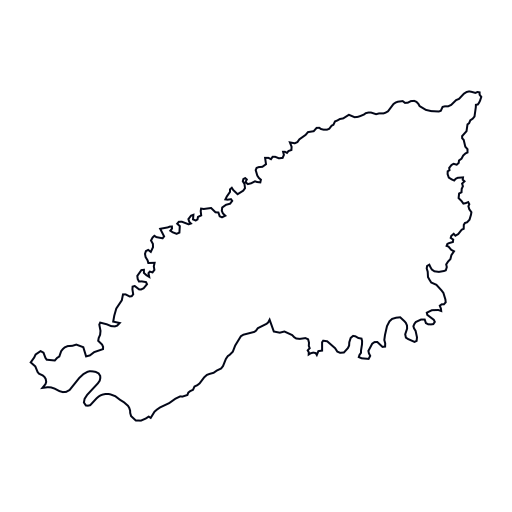 Candói, Paraná, Brazil (Albers equal-area conic projection)
{"feature_id": "56859067B42839534370188", "entity_name": "Candói", "entity_type": "district", "adm_level": 2, "iso_a3": "BRA", "parent_name": "Brazil", "parent_adm1": "Paraná", "projection": "albers", "projection_center": [-52.04, -25.522], "detail": "fine", "context": "isolated", "style": "outline", "palette": "ink", "viewbox_px": 512, "rotation_deg": 0, "n_neighbors": 0, "source": "geoboundaries", "source_scale": "gbopen_adm2", "svg_char_len": 6061}
<svg xmlns="http://www.w3.org/2000/svg" viewBox="0 0 512 512"><path d="M441.2,311.0L440.9,308.5L439.8,305.7L441.7,304.3L443.9,304.3L445.7,302.3L445.4,299.5L443.4,292.9L441.5,290.4L436.4,284.8L431.2,282.5L429.4,279.6L428.0,277.1L427.7,271.7L426.7,268.4L427.1,266.0L429.3,264.7L430.6,267.5L431.9,269.6L434.4,271.3L438.9,271.9L444.0,271.0L445.8,270.3L446.8,267.1L446.2,264.4L448.1,261.5L450.4,259.1L451.4,255.1L454.0,251.3L451.2,249.8L448.5,246.6L446.6,245.9L447.4,243.9L449.1,243.1L452.9,242.0L453.2,239.6L450.7,237.9L451.3,235.9L453.7,233.8L455.4,235.7L458.2,234.1L461.7,229.7L463.7,228.8L463.8,224.8L464.9,223.0L467.1,222.3L469.5,219.7L471.0,214.7L471.4,212.2L469.3,209.3L468.4,206.2L469.3,204.2L468.2,202.1L465.8,203.1L463.4,203.6L461.5,201.0L458.6,198.1L459.1,193.5L461.5,192.3L461.7,188.9L462.9,186.2L462.1,183.6L464.5,181.3L462.7,179.7L463.0,177.4L457.7,177.8L455.7,178.8L454.2,180.5L451.7,179.4L448.8,177.6L447.6,174.1L447.7,171.3L449.5,170.2L449.2,167.9L451.5,165.0L453.6,163.8L456.7,164.7L458.7,162.9L459.0,160.5L461.5,158.7L463.2,155.5L465.5,153.4L467.5,152.5L467.5,149.2L465.3,146.7L463.7,139.9L462.2,138.3L462.1,136.1L466.5,131.2L467.5,124.4L469.1,123.2L470.3,120.3L472.7,118.7L474.5,116.5L475.8,107.3L475.9,104.8L477.8,104.5L479.0,102.8L480.0,100.8L481.3,96.9L479.6,94.7L479.6,92.4L477.5,92.0L475.4,92.9L471.4,91.8L469.1,91.4L466.6,92.0L463.9,93.7L459.0,98.9L456.1,100.1L451.2,104.9L448.2,106.3L445.0,106.3L442.6,106.9L440.8,110.8L438.8,111.5L431.2,111.1L425.9,109.9L419.6,106.1L418.4,103.9L416.5,101.9L414.3,100.9L410.9,101.1L407.8,102.7L405.0,102.9L402.7,101.1L397.9,101.7L395.7,102.5L393.5,104.0L388.0,111.3L385.5,112.7L383.5,113.4L379.1,113.4L376.1,114.2L370.9,112.5L368.6,112.5L365.7,113.2L364.0,114.5L360.2,116.1L357.7,116.9L354.6,117.2L348.9,114.8L343.2,118.4L339.9,119.0L337.3,120.5L335.0,121.4L333.4,124.8L331.6,125.7L329.2,128.8L326.9,129.7L323.7,129.7L320.9,129.0L319.3,127.8L316.6,127.9L313.7,131.2L308.0,132.1L305.6,134.9L299.4,139.3L297.4,142.1L294.7,143.3L289.9,142.4L291.6,146.8L291.4,150.0L288.5,151.0L287.0,152.9L285.0,151.8L283.1,151.8L283.9,154.9L282.6,157.9L278.9,158.3L275.2,156.8L272.6,156.8L271.0,159.2L268.5,157.9L265.1,157.9L266.0,164.2L262.4,166.8L258.7,167.1L256.6,167.9L255.7,170.1L257.3,175.6L258.9,178.0L260.9,179.7L260.3,182.4L257.0,182.0L255.0,181.3L251.1,183.3L247.8,184.1L245.5,182.1L246.8,179.5L245.2,178.1L243.4,179.0L242.8,181.3L244.5,184.0L245.0,188.2L243.2,190.7L237.6,194.2L233.2,190.0L231.8,187.8L230.0,189.4L230.0,191.9L226.8,196.5L225.4,199.4L227.5,199.7L231.0,199.2L232.2,200.9L230.1,203.7L226.0,204.8L222.2,207.5L221.8,210.8L222.9,213.4L225.3,215.7L222.0,217.3L219.7,216.3L218.4,212.5L215.5,212.3L211.1,208.0L203.7,209.0L201.1,208.6L200.7,211.1L201.2,215.4L198.0,216.9L197.5,219.4L195.7,220.5L193.0,219.4L193.4,214.8L191.0,215.7L188.4,219.1L189.3,221.9L190.9,223.5L188.6,224.3L181.8,221.7L178.8,221.8L177.2,223.7L179.8,226.1L179.4,232.6L176.6,233.8L172.7,232.3L170.3,230.7L172.0,228.6L171.9,226.5L169.8,226.6L167.8,227.4L160.2,228.8L164.1,236.4L162.6,238.3L156.3,237.1L154.4,235.8L152.6,237.5L151.0,240.5L152.9,243.9L153.0,247.2L150.8,251.9L148.2,249.9L145.9,251.1L145.0,253.9L145.6,257.1L147.6,260.4L148.3,263.0L154.6,262.8L153.8,266.3L154.4,269.9L152.5,272.4L149.8,271.6L148.5,273.2L149.2,276.9L146.4,275.2L143.9,272.9L143.9,269.8L141.4,270.1L137.3,275.9L137.7,279.0L139.0,281.5L141.8,281.4L146.0,282.1L147.0,284.2L143.6,288.3L141.0,289.5L139.1,289.4L134.7,286.0L132.6,286.6L132.4,289.2L133.2,294.3L131.7,296.2L129.7,296.5L125.6,294.4L123.0,294.4L121.8,300.3L116.3,308.5L114.3,315.5L113.2,321.6L119.7,323.0L117.2,325.6L114.9,326.4L111.1,326.1L106.8,324.3L100.2,322.6L99.3,324.6L100.5,330.9L100.1,334.8L98.7,338.0L98.2,340.8L102.1,344.6L103.1,346.9L103.0,349.1L94.2,352.1L89.9,355.4L86.1,356.4L83.3,347.2L76.3,344.6L72.4,345.8L67.7,346.1L64.7,347.4L62.9,349.0L61.2,351.1L59.3,356.5L57.1,357.9L54.8,360.5L46.7,359.7L45.4,357.8L43.5,352.7L40.6,351.1L35.6,354.5L34.2,357.5L30.7,362.4L35.3,366.4L37.6,372.0L39.0,373.7L42.7,375.4L44.5,377.0L45.7,379.0L46.2,381.9L45.5,384.1L42.4,387.9L47.8,387.2L51.0,387.4L54.6,388.6L59.4,391.1L62.8,392.1L66.1,391.9L69.6,390.0L79.3,377.9L83.4,374.1L87.5,371.8L89.8,371.2L92.7,371.4L95.7,371.9L98.6,373.4L100.2,375.9L100.3,378.0L99.7,380.7L97.9,383.3L87.2,394.8L84.6,398.8L83.9,402.5L85.9,405.5L87.9,405.7L90.2,405.2L96.6,398.3L98.7,396.5L100.5,395.4L102.6,394.6L105.4,394.0L108.6,394.0L110.5,394.4L115.3,396.2L120.0,399.8L124.0,402.3L128.0,405.8L129.2,407.8L130.1,410.6L130.2,413.0L131.1,416.1L135.8,420.5L141.0,420.6L145.8,418.5L148.7,416.6L150.7,417.9L154.5,411.7L156.9,409.6L160.1,407.4L169.2,403.1L175.4,398.7L180.2,396.4L182.4,396.6L187.4,395.0L188.3,392.6L190.2,391.1L193.0,389.8L194.5,386.5L197.3,385.2L199.6,383.4L204.2,377.3L206.9,374.9L209.6,373.9L213.6,372.8L216.9,370.5L221.1,368.5L223.0,366.1L225.9,358.9L227.8,356.1L229.7,354.8L232.8,351.7L235.2,345.5L240.9,336.2L243.4,334.7L254.3,331.9L256.0,330.7L257.8,328.2L266.6,323.8L268.2,322.4L269.6,319.7L273.8,331.5L279.8,332.7L284.4,331.5L292.2,335.1L294.2,337.2L296.2,338.5L299.8,338.9L305.4,338.1L308.1,339.3L309.0,342.7L308.8,345.9L309.7,348.2L307.7,350.4L308.8,352.3L308.7,354.5L310.6,353.3L313.3,352.6L315.7,353.1L316.8,355.0L318.4,351.1L322.1,350.6L322.1,342.3L323.2,340.7L327.2,341.3L335.1,348.2L337.3,351.6L340.1,352.8L343.9,352.5L347.9,348.1L349.1,345.6L349.3,342.2L350.7,337.9L353.1,335.9L355.4,336.3L358.3,338.0L361.5,338.6L362.1,341.0L362.0,344.4L361.0,350.6L361.0,352.8L359.5,354.9L358.8,357.1L361.7,358.3L368.6,358.9L370.2,355.9L368.9,353.3L368.4,350.9L372.2,343.7L374.5,342.1L377.3,342.0L382.5,346.9L385.1,346.6L385.2,343.4L384.3,340.0L385.0,334.9L387.0,326.1L389.5,321.3L392.1,318.9L396.2,317.7L400.2,317.3L404.4,321.2L405.8,322.8L407.0,325.5L407.1,328.6L405.2,334.3L405.9,337.6L408.0,339.0L414.5,341.9L416.6,340.9L417.0,337.4L415.6,330.9L414.0,328.3L413.4,326.2L414.5,323.7L415.8,322.0L421.1,319.5L424.7,319.5L425.9,323.1L428.2,324.3L431.1,324.4L433.3,324.1L434.8,321.9L433.8,319.8L427.3,314.9L426.8,312.7L431.9,310.2L438.3,310.0L441.2,311.0Z" fill="none" stroke="#020617" stroke-width="2"/></svg>